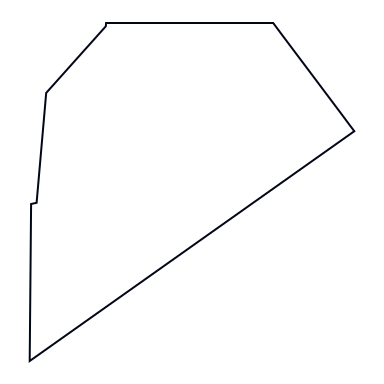 54, Ar Rayyān, Qatar (Equal Earth projection)
{"feature_id": "91078587B84726999218009", "entity_name": "54", "entity_type": "district", "adm_level": 2, "iso_a3": "QAT", "parent_name": "Qatar", "parent_adm1": "Ar Rayyān", "projection": "equal_earth", "projection_center": [51.456, 25.272], "detail": "fine", "context": "isolated", "style": "outline", "palette": "ink", "viewbox_px": 384, "rotation_deg": 0, "n_neighbors": 0, "source": "geoboundaries", "source_scale": "gbopen_adm2", "svg_char_len": 261}
<svg xmlns="http://www.w3.org/2000/svg" viewBox="0 0 384 384"><path d="M31.1,204.0L29.7,361.0L354.3,131.2L349.3,124.6L341.3,113.8L282.8,35.9L273.2,23.0L106.1,23.0L105.8,26.3L46.2,92.9L36.6,202.8L31.1,204.0Z" fill="none" stroke="#020617" stroke-width="2"/></svg>